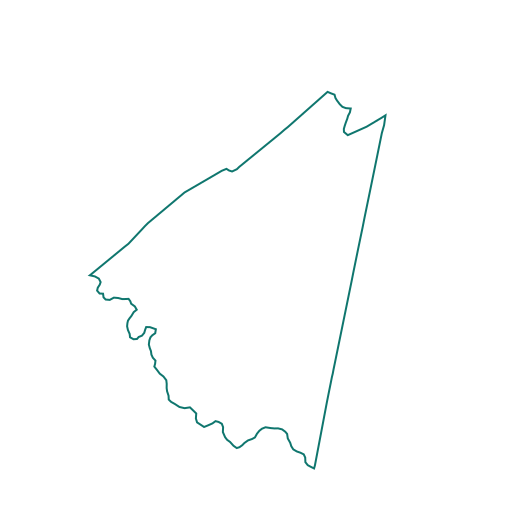 the district of Caetanos, Bahia, Brazil, rotated 295°
{"feature_id": "56859067B83232081919872", "entity_name": "Caetanos", "entity_type": "district", "adm_level": 2, "iso_a3": "BRA", "parent_name": "Brazil", "parent_adm1": "Bahia", "projection": "natural_earth1", "projection_center": [-40.978, -14.304], "detail": "fine", "context": "isolated", "style": "outline", "palette": "teal", "viewbox_px": 512, "rotation_deg": 295, "n_neighbors": 0, "source": "geoboundaries", "source_scale": "gbopen_adm2", "svg_char_len": 2100}
<svg xmlns="http://www.w3.org/2000/svg" viewBox="0 0 512 512"><g transform="rotate(295 256 256)"><path d="M428.7,316.8L438.2,313.9L433.7,311.0L431.4,309.4L419.9,301.6L404.3,288.1L405.6,283.3L408.3,281.9L411.5,281.4L415.0,281.0L419.0,280.7L421.9,280.2L425.9,280.4L429.7,279.5L428.0,275.0L427.7,271.3L429.0,267.7L431.2,263.6L432.8,261.2L435.4,259.0L435.1,255.2L435.0,251.5L386.2,230.3L382.6,228.5L377.6,226.3L329.8,203.2L326.6,202.0L322.5,198.6L322.1,195.4L322.5,192.4L318.8,189.0L283.4,164.4L240.2,144.2L236.1,142.7L232.0,141.4L213.1,135.2L208.8,133.0L168.3,113.6L169.4,118.6L169.1,123.1L166.7,126.2L164.0,126.5L160.4,126.0L157.5,126.6L155.9,130.1L157.2,133.3L154.1,135.3L153.0,138.1L154.4,142.0L158.2,144.8L159.7,148.9L160.4,152.9L161.9,156.0L163.3,158.6L161.9,161.2L160.0,163.0L159.1,167.5L156.9,170.6L153.5,168.9L148.9,168.4L146.0,167.7L143.3,167.3L140.9,167.8L137.8,168.9L134.8,171.2L132.0,174.4L129.1,176.2L128.8,180.2L130.5,183.2L133.0,183.9L135.6,186.3L139.1,187.2L142.3,186.7L145.2,186.5L146.7,190.0L147.3,196.2L143.4,197.3L140.3,195.5L137.7,194.7L134.5,195.0L130.5,196.3L127.7,198.6L125.4,201.0L122.4,202.9L120.2,205.5L118.7,209.1L115.7,210.1L112.8,210.6L110.9,214.4L108.7,218.5L107.7,223.0L105.5,227.2L102.4,229.1L98.6,230.8L95.8,232.6L92.4,235.8L89.0,237.6L87.9,240.7L87.6,244.8L86.8,250.4L87.9,255.6L90.9,260.1L89.2,265.1L88.0,268.4L83.3,270.2L80.3,272.9L79.7,277.1L79.1,281.2L82.0,283.9L85.9,287.3L89.2,289.1L89.8,292.2L89.5,295.9L87.0,298.5L82.4,300.4L78.7,304.6L77.2,307.5L76.5,311.1L74.5,315.8L73.8,319.7L75.7,321.8L78.7,323.5L81.6,324.5L85.5,326.7L88.5,329.8L91.1,331.7L95.4,332.0L99.0,332.9L102.0,334.4L104.8,337.0L106.3,342.2L107.6,345.8L109.1,348.8L109.9,352.9L109.1,356.8L107.9,359.4L104.1,361.9L101.2,365.9L98.5,368.4L96.5,371.5L96.1,375.6L96.5,379.4L96.4,383.1L94.1,385.8L90.0,387.9L88.3,391.3L88.1,394.5L88.0,398.4L91.1,397.9L153.2,382.1L162.6,379.8L172.1,377.5L178.6,375.9L181.7,375.3L186.0,374.2L191.5,372.9L273.1,353.4L282.9,351.0L308.0,345.0L327.5,340.4L336.0,338.3L366.7,331.0L393.1,324.7L420.6,318.1L428.7,316.8Z" fill="none" stroke="#0f766e" stroke-width="2"/></g></svg>